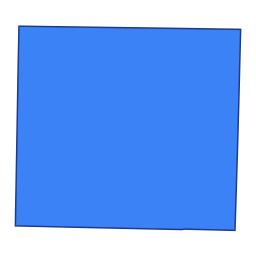 outline of Rockwall, Texas, United States of America, rotated 181°
{"feature_id": "52423323B26615713613896", "entity_name": "Rockwall", "entity_type": "district", "adm_level": 2, "iso_a3": "USA", "parent_name": "United States of America", "parent_adm1": "Texas", "projection": "robinson", "projection_center": [-96.442, 32.898], "detail": "fine", "context": "isolated", "style": "filled", "palette": "blue", "viewbox_px": 256, "rotation_deg": 181, "n_neighbors": 0, "source": "geoboundaries", "source_scale": "gbopen_adm2", "svg_char_len": 300}
<svg xmlns="http://www.w3.org/2000/svg" viewBox="0 0 256 256"><g transform="rotate(181 128 128)"><path d="M19.3,27.5L19.1,37.8L18.2,105.1L17.7,153.7L17.1,228.6L238.8,227.9L238.9,195.1L238.9,28.2L165.4,27.8L72.4,27.4L69.4,27.9L19.3,27.5Z" fill="#3b82f6" stroke="#1e3a8a" stroke-width="1.5"/></g></svg>